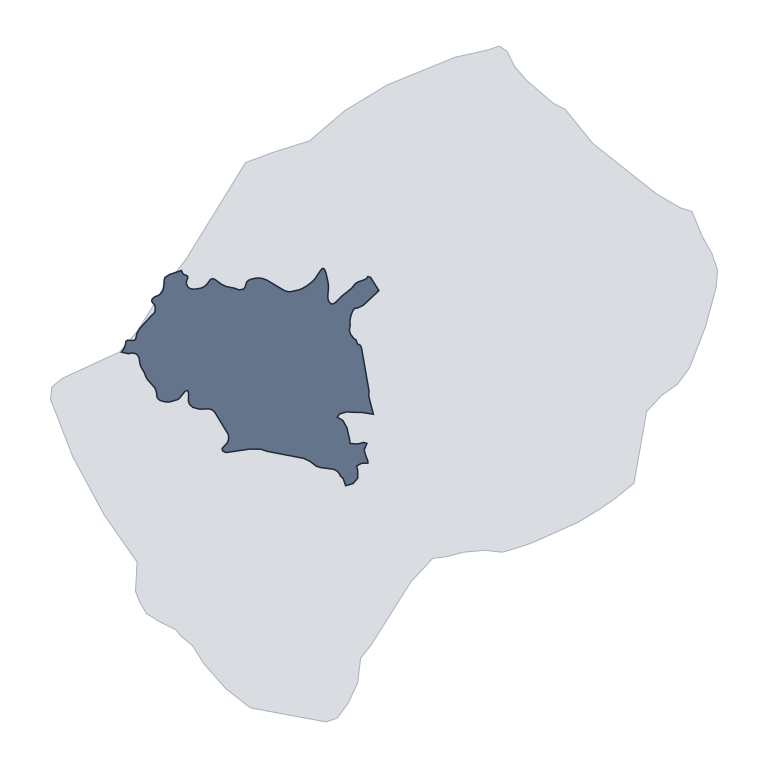 location of Maseru within Lesotho
{"feature_id": "LSO-1203", "entity_name": "Maseru", "entity_type": "District", "adm_level": 1, "iso_a3": "LSO", "parent_name": "Lesotho", "parent_adm1": "", "projection": "mercator", "projection_center": [27.777, -29.596], "detail": "fine", "context": "in_parent", "style": "filled", "palette": "slate", "viewbox_px": 768, "rotation_deg": 0, "n_neighbors": 0, "source": "natural_earth", "source_scale": "10m", "svg_char_len": 3540}
<svg xmlns="http://www.w3.org/2000/svg" viewBox="0 0 768 768"><path d="M531.0,543.3L505.4,551.5L501.8,552.2L485.3,550.3L463.4,552.2L446.1,556.7L432.7,558.4L410.9,581.8L371.1,645.0L360.6,658.2L357.6,683.1L348.4,702.8L337.1,718.2L326.1,721.9L292.9,715.8L250.5,707.9L225.9,688.8L203.9,663.7L192.3,645.4L180.2,635.4L176.1,629.8L158.8,621.4L152.3,617.0L146.6,613.9L139.6,601.8L135.5,591.3L137.1,562.0L124.9,544.6L104.1,514.8L91.0,490.4L73.0,457.2L62.0,428.8L50.5,399.3L52.0,386.7L62.9,378.1L94.9,363.3L119.8,351.9L137.5,330.9L156.9,299.7L166.4,281.0L175.8,272.4L186.1,259.2L204.1,229.9L224.1,197.5L245.5,162.6L272.6,152.5L309.5,140.9L345.0,110.5L387.2,84.9L455.5,57.1L487.3,50.1L499.3,46.1L507.0,51.3L515.1,67.2L526.7,80.5L553.6,103.6L565.1,109.2L592.8,143.5L622.6,167.1L656.8,194.2L680.1,207.7L692.0,211.5L701.8,235.6L711.8,253.5L717.5,270.2L716.3,286.6L705.5,326.6L689.7,367.5L677.1,384.5L661.7,395.3L646.6,411.5L640.8,444.4L634.0,483.1L614.3,499.1L599.0,509.6L577.8,522.4L531.0,543.3Z" fill="#d9dde1" stroke="#a8b0b8" stroke-width="1"/><path d="M134.1,340.5L135.7,339.1L136.9,333.2L140.0,328.1L151.9,315.1L153.8,313.6L154.9,311.7L155.3,307.5L154.5,305.0L152.8,302.9L151.6,301.0L152.3,298.8L154.9,296.7L157.5,295.8L160.1,294.3L162.9,290.6L163.6,287.6L164.2,280.0L165.0,277.4L169.8,274.4L181.4,270.5L181.6,271.1L182.9,273.6L183.7,274.3L184.8,274.9L186.2,275.3L187.3,276.0L187.8,276.7L187.9,277.6L186.5,281.2L186.4,282.3L186.4,283.8L187.2,285.7L188.4,287.6L191.1,288.9L194.3,289.2L200.7,288.2L204.2,286.7L207.0,284.2L210.3,279.6L212.3,278.6L214.6,279.2L221.7,284.4L226.1,286.5L234.5,288.2L239.2,289.9L243.4,289.1L244.9,287.6L245.6,285.4L246.1,283.5L247.0,281.6L248.6,280.3L250.7,279.3L255.9,278.1L258.9,278.0L262.0,278.4L266.7,280.0L283.9,290.3L286.5,291.3L289.9,291.8L298.4,290.0L301.5,288.9L306.9,285.9L312.8,281.2L315.3,278.3L320.6,270.3L322.4,268.5L323.9,268.6L325.1,270.6L326.1,273.3L328.1,282.6L328.4,285.7L328.4,289.0L327.8,296.2L328.0,299.2L328.9,301.6L330.7,303.6L332.8,304.1L335.7,302.3L342.3,295.7L351.5,288.4L354.8,284.3L356.7,282.7L358.9,281.6L365.1,279.5L366.2,278.7L367.1,277.7L367.8,276.5L369.3,276.9L370.6,277.4L378.9,290.6L363.5,305.1L360.7,306.6L357.0,308.1L354.8,308.4L353.2,310.1L351.9,312.8L350.9,316.0L350.2,318.8L349.9,321.8L350.2,325.0L349.4,329.9L350.0,332.7L350.9,334.8L352.5,336.7L353.4,338.1L354.1,338.9L355.9,339.7L356.5,341.0L357.0,342.7L357.7,344.0L360.0,345.0L361.0,346.4L361.7,348.9L369.1,391.4L368.7,394.8L369.1,397.6L373.4,414.3L361.8,412.4L355.3,412.4L346.5,411.9L339.6,414.0L337.2,417.2L342.8,420.4L347.0,427.9L348.4,434.3L349.8,440.2L349.8,443.4L357.7,444.0L363.7,442.4L366.9,443.4L364.2,449.9L365.6,455.2L367.9,461.1L367.9,463.2L361.8,463.2L356.7,465.9L357.7,470.7L357.7,478.2L353.0,483.6L345.6,485.7L343.2,478.5L340.4,476.0L339.4,473.8L337.3,471.2L333.7,469.3L320.9,467.6L316.3,466.2L310.1,461.4L303.7,458.4L267.0,451.3L260.9,449.2L249.7,449.1L225.8,452.6L222.6,450.9L222.1,448.6L224.4,445.9L227.1,443.1L228.6,439.3L228.4,434.6L214.5,411.8L211.6,409.5L208.6,408.9L199.6,409.2L192.9,407.4L189.6,404.5L188.4,401.0L188.6,393.5L187.9,390.9L186.5,390.5L184.8,391.6L179.9,397.8L178.7,398.9L177.0,399.8L169.5,402.0L166.7,402.0L164.5,401.7L160.2,400.5L158.2,399.0L156.9,397.0L156.8,394.6L156.3,391.7L154.9,388.0L147.6,379.7L145.6,376.2L144.5,373.0L140.9,366.8L140.0,364.0L139.1,358.3L137.9,355.6L136.4,354.2L134.7,353.4L132.8,353.0L131.3,353.1L128.2,353.7L122.1,352.3L121.4,352.1L122.0,351.5L123.9,348.6L125.3,345.1L125.9,341.4L127.4,340.2L134.1,340.5Z" fill="#64748b" stroke="#1e293b" stroke-width="1.5"/></svg>